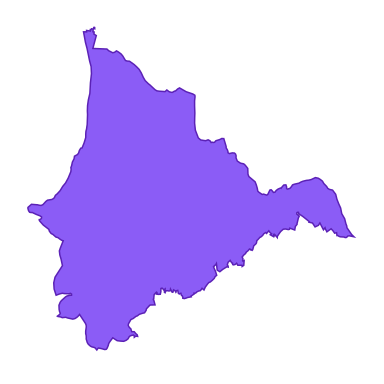 outline of Xoxocotla, Puebla, Mexico, rotated 182°
{"feature_id": "50627088B45118812748540", "entity_name": "Xoxocotla", "entity_type": "district", "adm_level": 2, "iso_a3": "MEX", "parent_name": "Mexico", "parent_adm1": "Puebla", "projection": "equal_earth", "projection_center": [-97.166, 18.63], "detail": "fine", "context": "isolated", "style": "filled", "palette": "violet", "viewbox_px": 384, "rotation_deg": 182, "n_neighbors": 0, "source": "geoboundaries", "source_scale": "gbopen_adm2", "svg_char_len": 5926}
<svg xmlns="http://www.w3.org/2000/svg" viewBox="0 0 384 384"><g transform="rotate(182 192 192)"><path d="M293.1,345.0L295.5,346.4L295.4,348.5L296.6,348.7L296.4,351.3L296.1,352.0L294.9,351.7L295.0,353.0L295.6,353.2L295.9,352.7L296.0,352.7L296.5,351.3L298.2,351.6L298.6,350.6L299.3,350.7L299.3,349.3L303.0,349.8L302.9,348.4L306.0,348.3L303.7,337.8L301.9,331.8L298.9,319.4L297.2,313.8L296.6,306.7L297.3,297.7L297.5,287.0L298.8,280.4L299.4,274.6L299.4,269.4L299.1,265.7L299.1,255.8L299.6,251.2L300.1,249.0L300.2,246.3L300.1,242.7L301.6,237.1L303.4,232.2L304.7,231.9L306.0,229.6L306.7,227.0L307.8,225.4L310.7,223.7L311.0,221.1L312.6,217.7L313.2,214.2L313.9,212.1L313.6,210.6L313.8,208.1L316.2,201.6L318.7,196.6L321.4,193.1L323.8,188.8L326.7,185.4L328.4,183.9L329.3,181.7L330.0,180.8L331.6,179.7L336.1,178.8L337.7,177.5L340.5,174.2L342.3,173.3L344.6,173.5L345.7,173.8L352.0,174.1L355.4,170.9L355.4,169.8L354.7,167.6L353.6,166.1L352.0,165.8L351.1,166.0L346.9,164.2L343.2,162.9L341.5,161.9L341.5,160.6L342.0,159.9L343.0,159.2L343.7,159.1L343.6,158.3L343.1,157.6L339.5,153.8L333.8,149.7L333.2,147.9L331.7,146.0L331.0,145.4L329.7,144.9L326.4,142.2L324.3,141.7L322.4,140.3L320.4,139.1L319.0,138.8L321.7,131.2L322.5,128.5L321.9,124.5L320.5,120.3L318.9,113.9L325.9,102.1L327.0,96.4L326.4,90.2L324.2,84.1L320.8,85.5L318.0,86.3L316.1,86.0L311.5,86.0L309.9,86.5L308.8,85.8L308.8,84.6L310.5,84.5L313.3,83.7L314.7,82.8L318.8,78.8L319.9,77.2L321.0,74.2L320.7,70.0L320.2,67.9L319.4,66.2L320.0,65.0L322.2,63.2L321.7,62.9L319.1,62.6L317.3,61.9L313.8,62.4L312.1,61.8L306.7,60.8L304.6,61.4L302.7,62.7L301.3,64.1L300.1,65.7L294.0,57.1L293.3,55.7L293.0,54.3L293.0,53.0L293.4,49.2L293.3,46.7L292.8,45.0L292.6,43.1L292.6,41.4L291.4,37.9L290.3,36.2L288.1,34.4L286.6,33.7L284.5,33.3L283.5,32.9L281.6,30.8L280.5,32.5L279.8,32.8L276.5,32.2L273.7,31.5L272.2,31.8L271.5,32.7L270.9,34.2L270.3,35.8L270.0,37.5L268.9,39.5L266.1,43.5L261.6,40.8L258.3,40.5L255.0,40.4L252.6,41.5L250.8,43.0L249.8,45.0L248.8,46.0L247.5,46.5L245.4,47.0L244.8,46.5L244.6,44.8L243.2,46.0L241.3,45.8L241.8,47.4L243.1,48.4L244.9,50.4L247.4,50.3L248.4,53.2L249.4,54.0L250.5,55.3L251.1,56.6L250.9,58.0L248.6,62.4L246.4,63.5L243.6,65.8L242.3,66.3L240.4,67.9L237.4,69.0L235.2,69.6L233.7,72.1L233.5,73.6L230.2,77.4L229.5,77.6L225.0,77.9L226.4,82.5L226.9,83.0L226.5,83.9L226.7,84.1L226.5,84.8L226.3,87.8L226.1,88.4L224.3,90.4L223.9,90.7L223.5,90.3L223.3,89.7L223.8,88.7L222.1,88.5L220.1,88.7L219.6,91.5L219.8,92.5L219.6,93.1L219.7,94.5L218.6,94.9L217.5,94.0L216.9,93.1L215.5,94.2L215.6,92.7L216.2,91.1L215.4,90.4L214.6,92.4L212.7,92.5L212.2,92.3L211.3,92.3L210.3,92.6L210.1,94.2L209.8,93.7L209.4,92.6L209.2,92.6L208.4,91.2L208.1,91.1L207.5,91.3L207.1,93.3L206.9,93.6L205.3,92.5L204.6,91.2L204.4,91.5L204.5,92.7L202.8,93.2L202.1,90.3L201.6,90.1L201.2,89.6L199.6,90.4L198.9,88.3L198.1,87.9L197.5,86.4L197.5,85.5L195.9,85.2L193.8,85.9L192.8,86.4L189.1,87.2L189.4,87.9L186.2,90.2L186.5,90.9L184.8,91.1L183.7,92.3L181.9,93.3L180.4,93.6L179.4,94.7L178.6,96.1L176.6,94.5L175.4,97.4L173.1,100.8L172.0,102.1L170.6,102.7L168.7,104.4L166.8,106.4L165.9,108.3L164.4,109.6L165.7,113.4L167.9,118.0L167.3,118.4L167.1,119.2L165.9,119.9L165.1,121.4L164.1,114.8L161.4,113.3L158.5,115.8L154.5,118.5L153.2,118.2L153.3,119.2L154.2,120.4L153.5,123.0L151.5,125.0L150.8,123.9L149.3,122.1L149.0,122.2L148.8,121.0L148.3,120.6L146.8,120.9L146.2,121.2L144.9,122.4L143.7,120.4L139.5,120.5L139.3,119.3L137.7,120.5L137.5,125.3L138.7,124.7L139.0,125.1L138.7,126.9L139.6,128.8L137.9,131.0L136.4,132.3L135.8,133.4L135.9,133.6L134.1,135.1L132.6,137.0L131.3,136.2L131.2,136.6L129.8,135.8L129.3,136.5L128.4,140.4L126.5,142.2L125.9,143.1L125.7,144.0L125.5,145.7L124.5,146.7L122.4,149.2L121.8,149.3L119.9,151.0L118.8,152.8L116.8,154.1L116.0,153.2L113.9,155.9L112.6,154.2L111.1,153.0L112.3,152.0L108.9,150.2L108.9,151.9L108.1,151.1L107.8,151.5L107.7,152.2L105.2,149.5L105.2,150.6L103.5,153.4L102.0,155.6L99.5,158.0L97.2,158.3L94.5,157.8L93.3,158.1L93.0,159.3L88.0,157.6L87.5,161.2L85.9,163.3L86.0,163.7L84.8,169.7L84.0,171.6L86.6,173.7L86.4,175.1L85.4,175.5L84.9,175.4L84.6,174.1L80.2,171.3L73.9,166.6L74.1,165.9L70.5,165.2L67.8,161.4L64.5,163.1L63.1,165.5L59.3,158.8L57.8,160.9L57.4,159.7L55.8,156.9L51.7,160.1L49.8,158.2L48.0,155.8L46.1,156.4L45.6,153.5L44.9,153.6L43.3,152.7L42.2,152.4L38.5,152.3L37.3,151.8L36.0,152.0L34.6,153.5L33.3,153.7L28.6,152.9L31.0,155.1L35.9,161.7L36.2,163.6L37.1,165.7L38.5,170.6L41.6,175.6L42.9,181.2L44.9,185.2L46.9,189.8L48.3,194.7L51.6,198.8L54.7,199.4L56.5,200.4L57.6,202.2L60.6,205.1L62.0,207.4L64.2,209.0L66.3,210.2L69.2,210.7L73.3,208.6L75.8,207.9L78.1,207.6L81.6,206.6L83.8,205.6L85.3,204.6L90.2,203.3L91.8,202.6L92.7,201.0L94.1,199.2L96.6,198.2L97.6,198.7L97.6,200.3L98.4,202.4L100.5,202.2L101.9,200.6L103.1,198.8L103.6,199.1L106.0,198.0L107.9,196.5L109.1,194.7L110.6,194.4L111.8,195.9L113.0,197.0L114.2,196.7L116.2,192.2L117.2,191.5L120.4,192.4L121.8,192.0L125.4,194.3L126.3,195.2L126.9,198.0L128.0,201.4L129.3,204.4L135.7,209.4L136.7,211.8L137.1,217.5L138.9,219.7L140.5,221.4L141.6,222.0L144.5,222.5L147.8,224.5L149.2,227.7L149.2,229.8L149.8,231.4L150.9,232.4L153.1,232.5L156.0,231.7L157.4,232.5L157.5,233.8L158.2,235.5L159.4,237.3L159.5,238.8L162.1,246.5L163.0,246.4L163.9,246.6L166.3,245.3L169.9,244.1L171.2,242.5L172.6,242.2L173.6,242.5L174.6,242.1L175.8,243.8L177.7,244.7L180.2,243.7L185.1,244.3L187.6,246.3L190.8,253.9L191.8,260.9L191.9,266.7L191.9,270.9L192.4,278.0L192.6,283.2L192.3,287.2L192.5,288.8L194.6,290.0L201.3,292.0L208.1,295.6L209.9,294.5L212.0,292.4L213.0,292.2L215.1,290.9L216.2,290.9L218.3,291.4L220.7,293.1L222.4,291.4L228.4,291.6L230.7,291.9L232.5,292.9L238.0,297.7L239.2,298.5L242.7,301.7L244.7,304.9L246.9,309.3L249.1,312.7L251.6,315.1L254.3,317.4L259.0,320.5L261.4,320.6L263.1,321.1L266.0,325.6L267.7,327.5L270.5,329.4L272.4,330.4L274.3,328.9L276.1,328.4L280.2,330.3L282.0,331.9L296.1,332.0L293.1,345.0Z" fill="#8b5cf6" stroke="#5b21b6" stroke-width="1.5"/></g></svg>